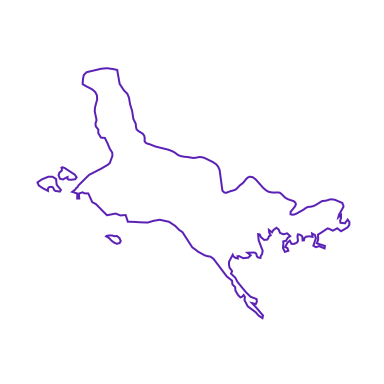 Ehime, Equal Earth projection, rotated 262°
{"feature_id": "JPN-1832", "entity_name": "Ehime", "entity_type": "Prefecture", "adm_level": 1, "iso_a3": "JPN", "parent_name": "Japan", "parent_adm1": "", "projection": "equal_earth", "projection_center": [132.746, 33.592], "detail": "fine", "context": "isolated", "style": "outline", "palette": "violet", "viewbox_px": 384, "rotation_deg": 262, "n_neighbors": 0, "source": "natural_earth", "source_scale": "10m", "svg_char_len": 4249}
<svg xmlns="http://www.w3.org/2000/svg" viewBox="0 0 384 384"><g transform="rotate(262 192 192)"><path d="M159.7,339.4L157.6,340.0L156.2,339.9L149.2,334.5L146.5,333.4L148.6,336.4L145.5,336.0L142.8,334.6L140.8,334.8L139.7,339.3L140.7,339.9L142.1,341.5L143.0,342.3L140.3,343.7L137.5,343.2L135.3,341.1L132.4,334.1L135.9,330.8L134.1,326.1L136.3,322.9L137.1,321.2L133.9,314.6L132.3,310.9L127.3,310.3L123.8,308.5L120.1,316.1L117.7,315.4L120.7,310.2L120.1,307.1L121.9,304.7L129.1,308.3L132.3,307.7L134.2,305.1L130.8,305.1L131.8,301.9L131.9,299.0L130.8,296.9L128.6,296.2L128.6,294.8L132.3,295.0L133.0,294.8L133.7,294.1L134.9,292.5L135.3,291.0L133.6,290.3L128.8,290.1L127.3,288.9L126.4,286.0L126.8,283.3L130.2,282.1L128.7,279.6L126.9,278.3L124.5,276.6L123.2,278.7L120.4,279.2L119.8,275.6L123.9,274.3L128.1,275.3L130.4,275.5L130.6,278.3L133.3,280.4L134.6,283.1L137.8,280.5L137.4,276.7L139.2,273.5L142.8,272.6L144.8,270.6L142.9,267.2L140.9,265.6L143.7,262.9L140.9,262.8L138.2,263.9L137.4,262.0L135.6,261.1L134.4,259.9L134.5,256.8L137.7,254.0L140.6,253.1L141.1,251.6L134.8,251.3L124.0,253.8L120.9,252.8L119.1,251.3L117.2,250.6L118.1,248.1L119.3,247.3L122.0,247.0L123.2,245.8L123.5,244.5L124.1,238.5L121.1,241.3L119.2,238.6L119.3,233.6L122.0,229.6L122.0,228.1L119.8,228.1L120.4,226.4L121.4,225.0L122.6,224.1L124.2,223.6L117.7,218.9L114.7,218.5L111.7,218.7L110.0,219.7L108.1,220.7L105.7,219.3L101.0,223.0L96.9,224.4L90.5,228.2L84.9,231.7L80.0,235.5L78.3,238.8L76.9,241.1L74.2,240.9L72.2,239.6L73.6,236.0L67.6,240.2L59.8,245.1L57.3,244.2L60.4,240.7L64.0,238.4L71.0,231.3L77.7,228.9L80.6,229.8L82.8,228.8L81.2,226.9L80.9,225.2L83.5,223.3L88.2,221.3L91.8,221.5L94.8,219.2L98.7,219.3L103.5,214.7L122.8,204.0L125.4,201.3L126.5,197.8L127.5,195.8L132.2,189.5L133.7,188.2L137.1,184.6L153.5,177.0L156.3,174.0L160.7,170.7L165.7,165.1L169.0,156.2L168.8,149.8L167.9,143.9L169.3,136.0L170.5,130.3L171.5,124.3L178.4,123.1L178.8,117.8L181.3,113.3L180.8,104.6L185.5,101.0L193.4,95.2L195.8,91.8L205.0,89.1L205.6,85.5L206.9,83.5L206.2,79.8L202.9,79.5L201.2,79.4L201.5,77.4L204.4,77.9L206.6,78.0L208.8,73.4L210.7,76.8L211.9,77.7L212.7,79.2L214.3,80.4L223.3,92.5L227.9,105.7L229.4,109.3L230.7,112.5L232.2,114.7L235.7,116.5L238.8,118.2L242.0,118.5L246.3,116.6L252.0,115.1L257.7,113.2L258.5,109.4L263.4,107.4L266.8,107.9L270.5,105.8L273.4,106.0L276.5,107.5L285.4,106.9L289.2,107.7L297.0,111.0L301.0,111.3L304.4,110.1L307.1,107.9L309.2,105.2L311.0,102.5L313.4,99.4L314.1,98.7L319.5,99.9L323.0,101.2L325.3,104.3L326.7,119.3L326.4,125.1L324.7,131.0L323.3,134.9L309.1,135.4L301.8,138.9L298.4,141.6L294.2,142.7L287.5,142.9L280.5,144.0L272.6,144.1L267.3,145.8L264.6,145.6L261.8,145.8L259.9,147.3L256.6,151.3L254.4,152.5L252.1,152.7L249.0,152.1L247.2,153.0L246.0,154.7L245.1,156.9L242.2,162.0L237.2,174.4L235.7,177.2L234.0,179.8L230.5,183.4L229.0,186.1L227.9,189.5L227.3,192.4L225.6,197.6L225.4,200.0L225.6,204.1L225.2,206.3L224.0,209.1L218.7,216.9L216.0,219.9L213.4,221.4L210.2,222.4L189.1,222.3L187.2,223.7L186.4,225.5L187.5,230.4L187.8,233.1L188.3,235.5L189.7,237.6L191.3,239.5L192.5,241.3L193.6,243.4L195.1,245.2L197.0,247.1L198.5,249.1L199.1,251.3L198.2,254.2L195.5,256.9L186.1,263.1L183.2,265.7L181.5,268.0L180.6,270.5L180.0,273.1L179.8,275.5L179.5,277.4L179.0,279.0L177.7,280.2L173.5,283.4L171.6,285.8L168.8,291.4L167.1,292.9L165.1,293.1L163.1,291.7L158.5,286.8L156.2,286.5L155.5,288.3L155.5,290.3L156.1,292.6L159.0,300.0L160.3,302.3L161.1,304.8L160.9,307.4L161.1,309.8L161.8,312.4L164.9,319.5L164.8,323.9L165.5,327.8L165.1,330.0L164.5,332.2L160.2,339.4L159.7,339.4ZM218.0,59.0L212.3,62.5L210.8,61.2L212.1,56.8L213.2,55.8L215.8,55.0L216.6,53.9L216.8,51.7L216.1,50.3L214.8,49.6L213.2,49.5L216.3,45.1L219.7,41.2L223.0,40.3L225.4,45.1L227.1,51.7L226.5,56.0L223.8,59.2L218.0,59.0ZM233.3,66.3L234.2,66.1L234.6,67.0L233.4,69.3L225.5,78.3L222.6,79.8L220.9,78.2L220.9,74.5L221.4,71.6L222.3,70.6L223.3,70.6L224.1,70.8L223.6,69.1L222.4,65.9L223.5,63.1L227.1,62.2L229.7,63.4L230.5,64.9L231.6,66.2L233.3,66.3ZM160.0,100.8L160.4,101.3L160.5,103.6L160.2,106.0L159.9,107.3L159.3,108.3L159.0,109.2L158.9,111.4L156.6,113.7L153.4,114.6L151.5,113.2L151.2,110.3L152.7,107.9L154.4,106.1L155.5,105.1L156.2,104.7L157.3,104.0L159.2,102.0L160.0,100.8Z" fill="none" stroke="#5b21b6" stroke-width="2"/></g></svg>